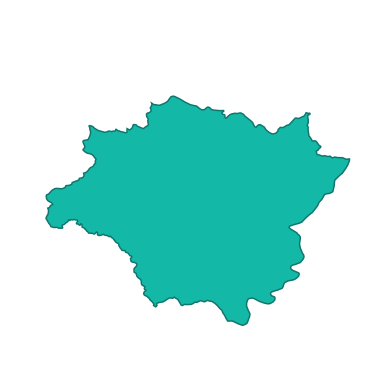 Phu Yen, Son La, Vietnam, rotated 294°
{"feature_id": "81297802B22446045808118", "entity_name": "Phu Yen", "entity_type": "district", "adm_level": 2, "iso_a3": "VNM", "parent_name": "Vietnam", "parent_adm1": "Son La", "projection": "natural_earth1", "projection_center": [104.682, 21.225], "detail": "fine", "context": "isolated", "style": "filled", "palette": "teal", "viewbox_px": 384, "rotation_deg": 294, "n_neighbors": 0, "source": "geoboundaries", "source_scale": "gbopen_adm2", "svg_char_len": 5973}
<svg xmlns="http://www.w3.org/2000/svg" viewBox="0 0 384 384"><g transform="rotate(294 192 192)"><path d="M120.6,306.5L121.7,308.6L124.6,310.8L127.0,311.5L128.9,311.0L129.7,310.1L129.6,306.8L130.5,305.5L131.3,305.0L132.7,305.1L134.8,307.2L137.2,310.1L140.7,313.5L142.8,313.7L145.2,313.3L147.0,313.6L149.7,315.7L153.4,320.9L155.7,322.5L158.5,323.6L160.6,323.4L161.5,322.4L161.4,315.5L162.2,313.4L163.2,312.7L164.7,312.7L166.3,313.8L167.8,315.8L171.6,319.6L175.7,320.8L178.1,320.8L179.7,319.8L181.2,317.6L185.0,313.6L188.6,311.2L194.1,309.7L195.3,308.8L196.1,307.4L196.5,305.8L197.4,304.2L198.3,296.9L199.0,295.1L200.3,295.0L201.2,295.8L203.9,298.7L207.0,302.6L209.1,304.5L214.4,306.4L219.3,308.6L222.3,310.3L230.3,312.3L234.4,312.3L237.9,313.6L243.7,314.2L245.0,315.5L246.6,318.1L248.7,320.0L249.7,320.5L255.7,319.3L259.7,317.9L261.1,317.7L267.4,320.2L270.2,321.7L276.2,322.9L280.2,323.3L284.2,323.1L286.1,322.6L286.2,321.9L285.7,321.5L284.6,319.5L284.6,315.6L282.7,311.2L282.1,308.4L280.3,306.3L280.4,305.4L280.9,303.5L279.7,301.8L279.0,298.0L278.3,297.4L277.7,295.8L277.7,294.4L277.6,293.1L277.2,292.0L277.2,290.9L279.8,288.9L281.7,290.2L283.4,290.4L284.7,291.2L285.7,291.3L286.1,290.7L286.5,288.5L287.7,286.9L288.8,284.6L288.8,283.6L287.7,281.5L287.6,281.0L290.0,277.8L290.6,276.2L295.8,272.8L298.6,271.7L299.5,270.2L302.7,270.0L303.5,269.5L304.8,269.1L308.6,266.6L309.2,266.7L310.7,267.9L311.3,268.1L311.8,267.6L311.2,266.3L310.8,264.0L308.8,263.9L306.9,263.4L306.1,262.7L302.4,259.4L302.0,257.2L301.5,256.3L293.2,253.4L292.2,252.6L291.5,251.5L287.9,249.1L287.5,247.7L286.8,246.3L285.0,245.8L284.5,245.3L284.0,245.3L283.2,245.7L281.2,245.3L279.9,244.7L278.3,242.9L277.7,241.6L277.7,238.8L278.2,236.6L279.0,234.2L280.7,231.6L281.3,227.1L280.7,225.8L279.8,225.1L277.2,224.1L277.1,222.9L277.5,222.1L280.1,219.2L280.8,217.3L282.8,209.6L283.9,207.4L284.1,204.6L283.6,203.4L282.2,201.7L281.4,199.2L279.6,196.7L278.2,195.3L275.3,193.9L273.8,193.5L273.1,192.7L273.6,191.8L275.6,190.7L275.8,190.3L275.5,188.5L276.0,187.5L276.9,187.1L278.6,188.1L279.0,188.1L279.2,187.5L277.7,184.5L275.7,178.7L275.3,176.6L275.5,175.4L276.1,174.3L276.3,173.2L276.1,172.1L275.5,171.4L272.1,169.7L271.1,167.6L271.2,165.6L272.2,161.9L272.3,160.6L271.8,158.9L271.1,155.0L271.3,149.1L272.0,143.6L272.2,137.3L272.1,136.5L271.6,135.3L270.3,134.0L264.8,132.8L262.2,131.1L258.4,127.5L257.5,125.9L256.9,122.9L256.3,121.8L256.8,118.9L255.6,119.9L254.6,120.0L251.8,119.7L250.5,121.1L249.5,121.6L248.3,121.4L247.0,120.5L245.8,119.1L245.0,118.7L244.1,119.0L242.9,119.6L242.1,120.4L241.2,122.0L240.6,122.4L238.9,122.7L235.7,124.8L234.6,124.5L232.5,123.0L230.2,121.9L230.0,120.6L229.9,115.0L230.6,113.9L230.0,111.5L229.7,111.1L229.1,111.0L226.3,111.3L223.6,110.1L223.3,109.5L223.5,106.9L220.6,108.1L219.8,108.1L219.4,107.7L219.0,107.1L218.8,104.9L218.2,102.3L218.2,101.1L217.9,99.2L218.4,97.2L218.2,96.9L217.3,97.1L216.2,96.8L215.6,95.2L214.6,94.1L214.0,91.6L213.6,90.9L211.7,89.2L211.0,87.6L210.0,81.3L210.6,76.9L211.3,75.1L211.5,73.9L211.1,71.6L210.4,71.1L209.4,72.2L208.5,72.9L207.7,73.2L205.6,75.0L203.2,75.7L200.7,75.9L197.4,75.7L195.2,72.3L194.3,71.8L193.8,71.8L192.9,72.5L190.1,75.5L189.0,75.9L186.9,75.3L186.2,75.3L185.9,75.7L185.0,78.7L184.9,81.1L185.4,82.7L185.6,85.0L184.8,87.7L183.9,88.8L183.3,90.6L182.8,90.9L180.7,91.1L179.3,92.0L176.8,91.3L175.4,91.3L174.4,90.7L173.2,89.5L171.7,88.8L169.8,88.5L167.3,87.6L166.4,86.9L165.1,85.3L163.2,86.7L161.8,86.7L160.8,86.3L159.9,85.4L158.7,83.6L158.3,83.5L157.4,83.9L156.6,83.4L152.1,78.9L151.4,78.7L150.3,79.0L149.7,78.8L147.8,76.6L146.8,74.6L146.3,74.2L144.4,74.2L142.0,71.9L140.4,67.2L139.3,65.3L136.6,63.4L131.8,61.8L130.3,60.4L129.4,60.4L128.2,60.9L126.8,61.8L126.2,62.6L125.3,64.2L125.1,67.6L124.9,68.3L123.9,69.8L122.0,68.2L119.8,68.1L118.6,66.8L117.7,67.7L116.2,68.7L114.1,69.3L113.2,69.5L110.9,69.2L108.6,69.3L105.3,73.7L104.3,75.7L103.0,77.2L103.3,79.9L103.8,81.2L104.7,82.6L104.7,84.7L105.0,85.6L106.2,88.2L106.5,88.4L107.1,88.2L108.0,87.1L108.7,87.0L109.5,87.3L109.9,88.0L110.6,88.5L112.6,89.4L114.1,90.4L115.0,90.7L116.3,90.6L116.3,92.0L117.5,92.4L117.9,94.2L119.0,95.6L119.0,96.9L119.7,98.4L119.4,99.1L118.8,99.4L116.5,99.1L116.0,99.6L116.4,101.0L116.0,102.3L116.0,102.9L116.2,103.2L117.7,103.4L117.9,103.8L117.4,104.7L115.1,106.1L115.3,107.4L115.2,108.4L114.6,109.3L114.2,110.7L113.5,111.6L113.4,112.7L112.4,114.3L113.7,117.7L113.7,119.5L114.0,120.1L116.7,121.1L116.6,121.8L116.1,122.4L114.9,122.8L114.4,123.3L114.3,124.2L114.6,125.2L115.9,127.0L117.2,127.9L117.1,129.6L117.7,132.4L117.5,134.5L118.4,135.3L118.4,135.7L117.6,137.0L117.7,138.2L115.2,142.8L114.8,145.9L114.3,146.5L113.6,146.8L113.1,147.2L111.3,149.7L111.1,150.5L110.2,151.8L110.4,152.7L111.3,154.4L111.3,154.9L110.3,155.4L110.0,155.9L110.2,157.7L110.1,158.9L108.6,161.0L108.8,162.4L108.7,163.1L108.3,163.4L106.1,162.9L103.8,164.6L103.7,165.8L104.2,168.1L104.2,169.4L103.9,170.8L103.0,171.3L101.4,171.3L98.8,170.3L98.1,170.3L95.2,171.7L95.0,173.8L92.5,176.1L91.7,178.0L91.2,180.5L90.8,181.1L89.4,182.3L88.4,182.6L87.2,183.4L86.8,184.0L86.2,187.6L84.7,187.6L83.8,188.2L83.6,189.9L83.3,189.9L81.4,189.0L80.7,189.0L79.5,189.2L78.7,189.9L78.3,191.1L78.4,192.9L77.5,195.9L76.4,197.5L75.6,200.0L74.6,202.0L74.0,202.8L72.7,203.0L72.2,205.3L72.4,205.6L73.0,205.9L74.1,206.2L75.2,205.1L75.8,205.0L77.5,206.7L79.9,210.3L81.8,211.7L84.0,212.9L85.9,214.4L86.3,215.1L86.9,217.2L87.6,218.0L88.8,218.6L88.3,220.3L88.3,221.6L88.1,222.7L85.5,226.5L84.4,227.8L84.2,228.7L84.5,229.5L86.4,231.0L86.8,232.5L88.9,236.8L90.2,238.1L92.5,239.5L93.2,241.4L95.6,243.4L96.5,244.7L96.5,247.3L96.9,248.2L99.3,250.2L99.4,252.1L100.1,254.3L100.1,255.0L99.6,258.4L98.5,261.5L96.8,265.0L96.0,267.6L94.3,269.1L92.6,271.9L90.1,274.9L88.6,277.1L90.6,281.3L90.4,287.6L90.7,291.9L91.2,293.0L93.1,294.8L94.9,295.7L102.1,295.2L104.4,294.4L106.5,291.8L109.9,288.3L112.9,287.0L116.5,286.7L118.1,287.7L119.5,289.9L119.9,292.0L119.5,297.7L119.9,303.1L120.6,306.5Z" fill="#14b8a6" stroke="#0f766e" stroke-width="1.5"/></g></svg>